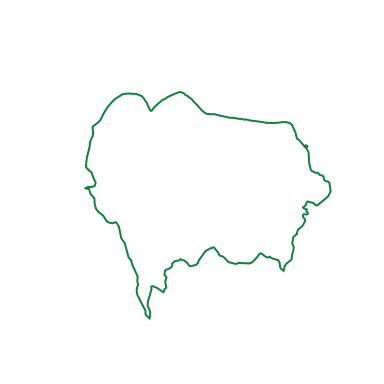 Yomou, Yomou, Guinea (Mercator projection), rotated 316°
{"feature_id": "49546643B93814621089544", "entity_name": "Yomou", "entity_type": "district", "adm_level": 2, "iso_a3": "GIN", "parent_name": "Guinea", "parent_adm1": "Yomou", "projection": "mercator", "projection_center": [-9.137, 7.537], "detail": "fine", "context": "isolated", "style": "outline", "palette": "green", "viewbox_px": 384, "rotation_deg": 316, "n_neighbors": 0, "source": "geoboundaries", "source_scale": "gbopen_adm2", "svg_char_len": 4257}
<svg xmlns="http://www.w3.org/2000/svg" viewBox="0 0 384 384"><g transform="rotate(316 192 192)"><path d="M118.1,115.3L118.4,116.4L118.9,116.9L118.9,117.0L120.1,118.1L119.0,120.3L117.6,122.9L117.4,128.7L114.2,132.4L113.6,133.1L113.2,133.8L111.3,137.3L110.8,141.5L111.3,144.3L111.3,144.5L111.7,147.2L110.3,154.1L111.2,156.6L111.3,156.8L112.8,158.8L113.0,159.0L113.3,159.5L115.7,160.4L115.9,160.6L116.4,161.2L115.5,165.9L115.3,166.2L108.9,176.3L108.5,179.1L108.1,182.2L104.2,189.1L100.9,195.1L100.8,196.8L100.8,197.8L100.8,198.7L100.6,199.0L98.8,202.2L97.1,206.9L97.0,207.3L94.2,215.0L90.3,218.6L88.9,221.2L88.2,221.5L85.4,223.0L82.9,225.4L82.2,226.6L82.1,226.8L81.1,228.3L79.5,233.5L77.4,240.6L76.0,245.3L75.7,245.6L73.8,247.3L73.5,248.3L73.4,248.6L73.5,251.1L73.7,253.4L77.0,251.0L79.0,248.5L81.1,243.0L82.6,241.6L84.5,240.0L95.2,233.9L96.9,231.9L97.4,232.0L97.8,232.1L98.4,232.7L98.7,233.1L98.9,233.5L99.6,235.3L100.4,237.3L101.7,244.1L102.0,244.1L102.8,244.1L103.8,243.4L104.4,242.9L105.5,243.0L106.1,243.1L106.8,242.8L107.4,242.5L110.1,238.2L112.8,236.6L114.3,235.7L114.6,232.5L116.8,230.8L118.0,229.9L119.0,230.0L119.7,230.0L120.7,230.5L122.4,231.3L123.5,231.5L124.9,231.7L126.5,231.2L126.8,231.1L127.2,230.7L128.2,229.6L131.6,229.9L132.0,230.0L133.7,231.2L133.8,231.3L135.3,232.4L137.0,232.2L137.7,233.7L138.8,235.9L139.2,238.2L139.4,239.3L138.8,242.7L139.3,244.3L141.2,245.4L141.8,245.8L144.2,247.3L145.5,247.2L146.9,247.1L147.4,246.9L149.5,245.9L157.8,244.4L160.6,243.8L164.0,244.8L166.0,245.3L167.4,246.0L169.3,246.9L169.3,247.4L168.7,253.9L168.1,255.2L168.0,255.6L167.9,255.7L167.9,257.1L168.4,258.1L169.6,260.5L169.6,261.1L169.6,266.9L169.6,267.9L171.6,271.1L173.4,274.0L175.3,275.0L176.3,275.5L183.7,283.3L186.1,284.4L192.0,284.2L192.9,284.2L197.6,283.3L198.1,283.6L199.2,284.3L200.0,290.0L201.0,291.8L203.0,292.5L203.1,293.5L203.4,295.1L203.9,296.1L206.3,300.3L206.8,301.0L206.2,302.0L206.0,303.5L205.9,303.7L204.7,305.3L203.1,307.4L202.7,309.7L203.1,311.9L203.2,312.3L207.3,309.7L209.4,309.3L209.5,309.3L210.1,309.1L216.2,309.7L216.5,309.7L216.9,309.5L220.9,306.4L223.3,305.0L225.4,303.7L226.9,302.2L228.4,298.6L229.2,298.0L233.6,294.8L237.2,295.0L237.9,295.0L238.1,295.1L241.9,292.7L247.6,293.2L251.8,292.0L253.8,291.1L254.4,289.8L254.3,287.8L255.6,285.7L257.3,285.8L258.5,287.5L258.7,287.8L259.9,288.2L261.0,287.3L261.0,285.3L262.5,284.4L261.0,281.2L261.3,280.2L264.1,280.6L266.9,279.4L267.5,279.1L268.1,279.2L268.7,279.3L270.0,281.4L270.0,281.6L271.9,284.6L271.7,285.9L271.6,286.9L272.1,288.0L273.1,288.7L286.8,289.7L292.1,287.9L296.1,282.4L297.2,280.9L297.2,279.4L296.9,278.9L296.4,278.0L295.8,276.9L295.5,276.3L295.7,274.5L297.2,272.5L297.3,271.8L297.3,270.9L295.7,268.5L295.9,266.3L295.9,266.1L294.2,263.8L292.8,260.1L292.9,259.2L292.9,258.5L296.5,252.5L297.6,251.3L303.4,244.4L304.9,239.7L305.2,239.6L306.5,239.3L306.9,238.9L306.2,237.4L304.5,238.1L304.6,237.3L304.8,235.1L304.9,231.9L305.1,228.6L304.6,226.5L306.0,224.0L307.4,221.7L308.3,219.7L309.3,216.6L310.6,213.0L310.2,210.4L308.3,207.3L305.8,204.7L303.4,202.9L300.6,200.8L298.4,198.8L295.8,196.2L293.6,194.0L291.0,190.3L288.1,186.6L286.6,184.8L284.6,182.4L283.5,180.9L282.1,178.6L281.1,177.1L279.7,176.1L279.0,174.8L277.7,173.1L276.6,172.0L274.9,169.6L273.4,167.5L270.8,164.9L268.8,161.9L266.5,158.4L263.8,154.2L262.0,151.3L260.2,150.0L259.1,148.3L257.1,146.6L256.2,144.0L255.8,139.7L255.9,136.7L256.1,132.8L256.0,129.5L256.0,128.2L256.1,126.8L256.3,124.6L255.6,121.5L255.6,120.2L254.7,117.9L254.7,115.5L254.1,113.7L252.5,111.4L250.1,110.4L248.1,109.5L245.4,108.5L242.8,107.6L240.5,106.8L237.3,106.3L234.2,105.2L229.0,104.9L223.9,104.8L220.9,105.3L219.3,105.5L218.6,104.8L219.5,101.4L220.3,99.0L221.4,96.8L221.8,93.8L222.4,90.7L222.5,88.2L221.2,85.1L219.5,82.1L217.3,80.0L215.7,78.0L213.3,75.8L210.5,73.8L208.7,73.2L207.0,72.9L203.6,72.1L201.4,71.7L198.6,71.7L195.7,71.8L193.3,72.0L190.7,72.3L187.6,72.9L185.1,73.5L183.1,74.2L181.9,74.3L181.0,74.9L179.1,75.6L176.9,76.3L175.0,76.7L172.7,76.8L170.2,76.4L168.3,76.3L166.8,76.0L165.5,76.1L163.4,79.0L160.2,82.4L153.4,85.1L150.2,88.0L146.1,90.6L140.4,94.2L133.8,99.5L133.0,100.7L132.9,105.0L133.4,107.8L131.1,112.8L129.2,118.3L126.5,120.0L123.4,118.9L120.9,116.1L118.1,115.3Z" fill="none" stroke="#15803d" stroke-width="2"/></g></svg>